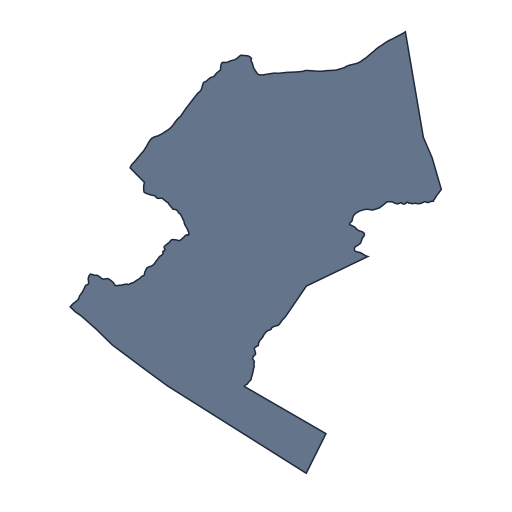 San Miguelito, Intibucá, Honduras (Albers equal-area conic projection), rotated 178°
{"feature_id": "27666195B17260395757329", "entity_name": "San Miguelito", "entity_type": "district", "adm_level": 2, "iso_a3": "HND", "parent_name": "Honduras", "parent_adm1": "Intibucá", "projection": "albers", "projection_center": [-88.337, 14.373], "detail": "fine", "context": "isolated", "style": "filled", "palette": "slate", "viewbox_px": 512, "rotation_deg": 178, "n_neighbors": 0, "source": "geoboundaries", "source_scale": "gbopen_adm2", "svg_char_len": 6126}
<svg xmlns="http://www.w3.org/2000/svg" viewBox="0 0 512 512"><g transform="rotate(178 256 256)"><path d="M283.2,450.4L283.9,449.2L284.2,448.5L284.6,446.7L284.9,444.7L285.0,443.5L285.1,443.0L285.7,442.5L286.7,442.0L287.9,441.0L289.1,440.1L292.0,436.8L293.4,436.3L294.7,436.1L295.1,436.0L297.1,434.5L298.9,433.0L299.6,432.5L300.4,432.0L302.0,431.4L302.6,431.0L304.6,425.0L305.2,423.7L305.6,423.1L306.1,422.6L308.4,420.8L312.3,416.3L321.1,405.6L326.2,398.7L326.8,398.0L328.9,396.3L330.3,394.9L332.1,392.8L334.1,390.0L335.4,388.5L337.1,386.9L339.2,385.3L342.5,383.4L344.9,381.8L349.6,379.6L354.2,378.3L354.7,378.0L355.2,377.6L355.9,377.4L356.4,377.0L357.8,375.4L359.4,373.2L361.3,369.9L364.8,364.7L367.2,362.3L373.8,354.8L376.4,352.3L378.1,350.0L378.7,348.4L364.9,333.4L365.8,330.0L365.9,325.5L365.7,324.0L365.6,323.7L363.6,322.4L362.8,322.1L358.4,320.5L357.3,320.2L356.0,320.0L355.3,319.8L354.4,319.2L353.9,318.3L353.6,317.9L352.5,317.1L351.4,317.0L348.2,317.0L347.7,316.9L343.9,313.6L342.8,312.7L341.9,312.3L341.7,312.0L341.6,311.4L341.4,311.0L337.3,305.6L337.0,305.5L336.2,305.5L335.4,305.4L334.6,305.1L333.9,304.8L333.2,304.1L332.6,303.5L332.3,302.9L332.2,302.3L332.0,302.0L331.2,301.2L330.2,300.6L329.0,298.3L326.8,293.2L326.6,292.5L326.5,291.1L326.2,290.2L325.5,288.7L324.2,286.4L323.6,285.0L323.0,283.2L322.6,282.6L322.4,281.9L322.4,280.7L322.4,280.2L322.6,279.5L322.9,279.2L323.1,279.1L323.5,279.1L323.8,279.5L324.2,279.7L324.7,279.6L325.5,279.2L326.0,278.8L329.9,275.2L331.1,274.5L332.1,274.1L332.9,274.1L334.9,274.8L337.8,275.3L339.2,275.3L339.8,275.1L340.4,274.7L341.2,273.9L342.4,272.4L344.1,271.4L347.4,268.6L347.5,268.2L347.5,267.4L347.3,266.8L346.8,266.1L346.8,265.4L347.0,265.0L347.3,264.7L348.4,264.2L348.9,263.7L349.1,263.0L348.8,262.4L348.8,262.0L349.0,261.4L349.2,261.0L350.7,259.8L352.3,258.9L352.6,258.6L356.9,253.1L358.1,251.6L359.2,250.6L359.8,250.2L361.0,249.6L364.8,248.4L365.3,248.1L366.4,246.4L367.6,243.9L368.1,242.4L368.1,241.7L368.2,241.3L368.6,240.6L369.3,240.1L370.2,239.9L370.6,239.8L371.4,239.2L372.4,238.2L373.3,237.4L376.5,235.6L379.8,233.5L380.8,233.5L384.6,231.9L385.0,231.9L385.8,232.4L386.7,232.4L388.8,232.2L391.1,231.7L392.4,231.4L392.8,231.4L393.0,231.6L394.1,231.5L395.7,231.2L397.0,231.3L397.6,231.5L397.9,231.8L399.7,234.7L400.0,235.0L401.1,235.8L402.6,237.2L404.4,238.4L405.0,238.6L405.7,238.6L408.0,238.3L408.9,238.1L409.2,238.1L410.1,238.6L411.8,239.3L412.0,239.5L412.2,240.0L412.6,240.4L414.0,241.4L415.2,242.2L415.9,242.3L416.9,242.3L417.9,242.4L421.5,243.6L421.8,243.7L422.2,243.5L422.8,243.1L423.4,242.2L424.5,239.5L424.5,238.4L424.2,235.2L424.3,234.5L424.4,234.0L424.7,233.8L425.4,233.3L426.1,233.0L426.9,232.8L427.4,232.4L428.4,230.5L430.4,226.6L433.7,222.3L433.9,221.8L434.4,220.3L435.4,218.6L436.6,217.5L440.8,214.5L443.5,211.7L438.5,206.5L432.4,201.9L417.8,188.0L402.6,172.0L369.6,145.5L348.5,128.9L213.4,37.1L192.3,76.0L272.2,126.0L271.7,126.8L271.2,127.3L270.7,127.6L269.7,128.0L269.1,128.5L268.3,129.5L267.6,130.6L266.6,131.3L265.7,132.2L265.3,132.7L265.0,133.1L265.0,134.4L264.1,136.7L263.3,139.5L263.0,140.6L262.4,143.4L261.8,144.8L261.7,145.3L261.8,148.8L261.7,149.2L261.4,149.8L261.3,150.3L261.5,150.8L261.9,151.7L262.9,153.1L263.0,153.5L263.0,153.9L262.7,154.7L262.0,155.7L261.5,156.3L260.3,157.4L259.9,157.9L259.8,158.3L260.1,160.2L260.8,162.7L260.8,163.6L260.6,164.3L260.1,164.8L258.2,165.7L257.2,166.2L256.9,166.5L256.7,167.0L256.6,168.1L256.4,168.9L255.3,171.2L254.9,171.8L253.7,172.8L253.0,173.6L251.7,175.4L250.6,177.5L248.3,180.1L247.3,180.7L244.9,181.6L243.5,182.2L243.2,182.6L243.1,183.2L242.9,183.5L242.4,184.0L241.7,184.4L240.0,185.1L236.1,186.0L235.8,186.3L233.6,188.8L232.5,190.5L228.7,194.3L206.7,224.2L201.2,226.6L144.2,251.6L145.5,252.0L146.7,252.6L150.5,255.1L152.0,256.0L154.2,256.4L156.3,257.1L157.0,257.7L157.2,258.2L157.4,259.0L157.4,259.8L157.2,260.6L157.0,261.3L156.7,261.6L155.7,262.1L153.4,263.5L152.0,264.4L151.2,265.2L150.8,265.9L150.4,266.6L149.1,270.2L148.7,270.7L147.8,271.6L147.4,272.2L147.1,272.9L146.9,273.7L147.0,274.5L147.1,274.8L147.5,275.4L148.0,275.9L149.9,276.9L151.9,277.6L153.2,278.2L153.7,278.6L156.5,281.6L159.9,283.5L161.1,283.9L161.4,284.3L161.5,284.5L161.4,284.8L161.0,285.6L160.3,286.3L159.4,287.0L158.7,288.0L158.5,288.6L158.4,289.6L158.2,290.4L157.7,291.6L157.2,292.7L156.3,293.9L155.1,295.0L153.9,295.8L151.8,296.8L150.5,297.5L146.1,298.6L144.4,298.8L142.6,298.8L141.5,298.6L139.3,298.1L137.6,297.9L132.2,299.4L131.3,299.7L130.0,300.5L126.7,302.8L124.2,304.8L123.1,305.5L122.6,305.6L120.6,305.5L118.9,305.5L117.9,305.4L117.3,305.1L116.1,304.2L113.2,303.2L112.7,303.1L112.1,303.2L109.9,304.1L109.1,304.2L108.8,304.1L108.4,303.5L107.9,303.2L106.8,302.8L106.3,302.8L105.7,302.8L105.3,302.9L103.6,304.2L103.1,304.4L102.5,304.3L101.7,303.7L101.1,303.4L100.8,303.4L100.2,303.5L99.5,303.4L99.2,303.3L98.7,302.9L98.4,302.8L97.8,302.8L96.3,303.1L94.9,303.1L94.3,303.0L93.0,302.7L91.6,302.6L90.2,302.7L89.0,302.9L85.6,304.4L84.8,304.3L83.4,303.6L82.1,303.4L81.5,303.5L80.6,304.0L79.4,304.4L76.8,304.5L76.6,304.7L76.7,305.1L76.6,305.4L76.2,306.1L75.4,306.9L73.3,310.2L69.2,315.1L68.5,316.2L76.5,347.9L84.6,368.7L98.9,474.9L100.5,473.9L102.5,472.8L105.6,471.4L112.5,468.0L115.7,466.7L117.5,465.7L119.5,464.5L123.2,462.1L126.2,460.4L127.3,459.6L129.2,458.2L130.9,456.6L132.4,455.6L138.4,450.8L139.2,450.2L141.1,449.1L144.9,446.5L148.3,445.0L156.6,443.3L158.4,442.6L159.5,442.2L160.8,441.3L161.7,441.0L165.3,440.1L169.3,439.0L175.7,438.8L178.4,438.8L185.0,438.3L190.9,438.8L193.7,439.2L199.5,439.7L200.4,439.6L202.4,439.0L205.6,438.7L210.0,438.5L216.1,438.4L217.7,438.5L223.6,438.1L226.7,437.8L230.9,438.1L232.3,438.1L233.8,437.9L242.6,436.8L243.8,436.7L244.9,436.8L246.5,437.1L247.3,437.4L247.8,437.8L248.9,439.2L250.5,441.8L251.6,443.7L251.9,444.4L253.0,449.0L253.8,450.6L254.1,451.3L254.2,452.1L254.1,452.6L254.0,453.0L253.6,453.3L253.7,453.7L253.9,454.0L255.4,455.5L256.6,456.1L258.1,456.5L259.6,456.6L263.1,457.1L264.0,457.2L265.4,456.4L267.8,454.4L269.6,453.3L270.5,452.8L275.4,451.7L277.0,450.9L278.3,450.6L279.0,450.5L281.7,450.6L282.8,450.6L283.2,450.4Z" fill="#64748b" stroke="#1e293b" stroke-width="1.5"/></g></svg>